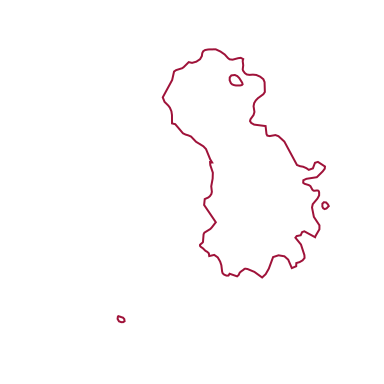 the border of Palermo, rotated 240°
{"feature_id": "ITA-5410", "entity_name": "Palermo", "entity_type": "Province", "adm_level": 1, "iso_a3": "ITA", "parent_name": "Italy", "parent_adm1": "", "projection": "orthographic", "projection_center": [13.554, 38.128], "detail": "fine", "context": "isolated", "style": "outline", "palette": "rose", "viewbox_px": 384, "rotation_deg": 240, "n_neighbors": 0, "source": "natural_earth", "source_scale": "10m", "svg_char_len": 2638}
<svg xmlns="http://www.w3.org/2000/svg" viewBox="0 0 384 384"><g transform="rotate(240 192 192)"><path d="M82.9,210.0L91.6,206.1L97.5,201.6L98.9,199.9L99.2,199.0L98.9,197.7L98.7,195.0L98.3,193.0L96.8,190.9L96.4,188.9L102.4,183.7L101.4,181.8L102.4,180.0L104.4,178.5L106.3,177.9L108.0,178.3L113.9,180.8L117.7,181.6L122.5,181.6L126.4,179.8L127.9,174.9L130.5,175.9L132.5,175.3L134.4,174.2L137.8,173.3L140.1,172.2L141.4,172.0L142.3,172.6L142.6,174.0L142.8,175.5L143.2,176.5L149.6,180.9L150.6,182.4L150.8,189.4L151.4,191.4L153.9,197.5L174.7,196.0L179.5,199.5L179.1,203.3L179.4,205.3L180.5,207.7L182.2,209.3L187.3,211.5L193.3,216.6L198.3,219.7L206.2,221.3L208.7,222.5L207.9,223.2L207.9,223.4L207.5,224.2L211.2,224.1L222.2,225.6L225.9,224.7L233.5,220.6L240.5,218.9L242.9,217.1L245.0,215.1L247.4,213.5L259.1,211.4L261.4,209.0L268.6,213.1L272.1,214.5L276.1,215.0L278.6,214.7L283.8,213.3L288.6,214.0L298.9,230.8L305.3,236.7L305.5,239.2L304.1,245.4L304.3,247.3L306.1,254.1L303.8,256.6L302.7,260.9L303.0,265.4L304.8,268.5L307.1,270.3L308.3,272.1L308.4,274.3L307.3,277.4L303.7,283.9L299.4,286.9L294.7,289.1L290.0,290.1L288.1,290.9L286.3,293.3L284.8,298.9L283.8,301.3L281.5,302.8L280.1,301.4L276.1,299.7L272.8,297.2L271.6,296.9L268.6,297.2L266.4,298.2L264.7,300.3L263.2,303.4L261.2,306.2L257.8,308.7L254.0,310.2L250.9,309.8L242.2,305.1L241.0,302.7L240.3,296.1L239.4,293.0L237.9,290.3L235.5,288.2L230.1,286.1L227.9,283.8L225.8,279.1L224.4,277.7L222.2,277.8L219.3,279.5L212.3,288.7L205.0,285.5L203.2,285.4L201.6,287.2L199.6,292.7L197.1,294.8L189.5,297.2L162.9,296.4L160.4,298.4L158.3,300.9L155.4,303.0L152.8,304.2L152.0,308.5L155.8,313.1L155.1,316.1L147.6,319.9L145.8,318.6L144.5,315.5L142.4,307.5L146.2,297.7L146.5,294.3L144.4,292.9L142.8,293.6L139.6,296.6L137.9,297.5L133.7,297.4L132.4,297.9L131.8,298.8L130.9,300.9L130.3,301.8L129.2,302.2L127.9,301.8L125.5,300.4L123.6,297.4L121.1,290.5L118.6,288.2L109.5,285.1L99.4,285.7L96.0,283.7L92.2,277.1L91.3,276.0L101.8,269.6L102.2,267.3L100.2,264.5L101.5,260.6L100.7,258.7L92.0,260.1L81.2,257.8L78.6,256.5L77.5,253.6L77.5,250.1L78.3,246.8L75.6,245.1L76.2,240.4L85.3,241.5L90.1,239.9L93.9,235.3L95.1,229.7L87.2,220.2L84.0,214.7L82.9,210.0ZM261.6,290.1L267.0,289.9L269.7,289.2L271.9,287.6L273.3,284.4L272.4,282.0L270.0,280.5L266.8,280.1L265.1,280.6L263.6,281.8L262.3,283.3L260.2,287.0L259.7,288.6L260.0,289.7L261.6,290.1ZM112.3,297.5L114.2,297.6L116.7,299.1L117.2,301.1L115.9,302.9L113.3,303.5L111.4,303.4L110.5,300.2L110.9,298.3L112.3,297.5ZM116.5,64.1L119.3,64.1L121.0,65.4L121.3,66.1L117.7,69.4L115.8,69.8L113.8,69.0L113.7,67.4L114.6,65.7L116.5,64.1Z" fill="none" stroke="#9f1239" stroke-width="2"/></g></svg>